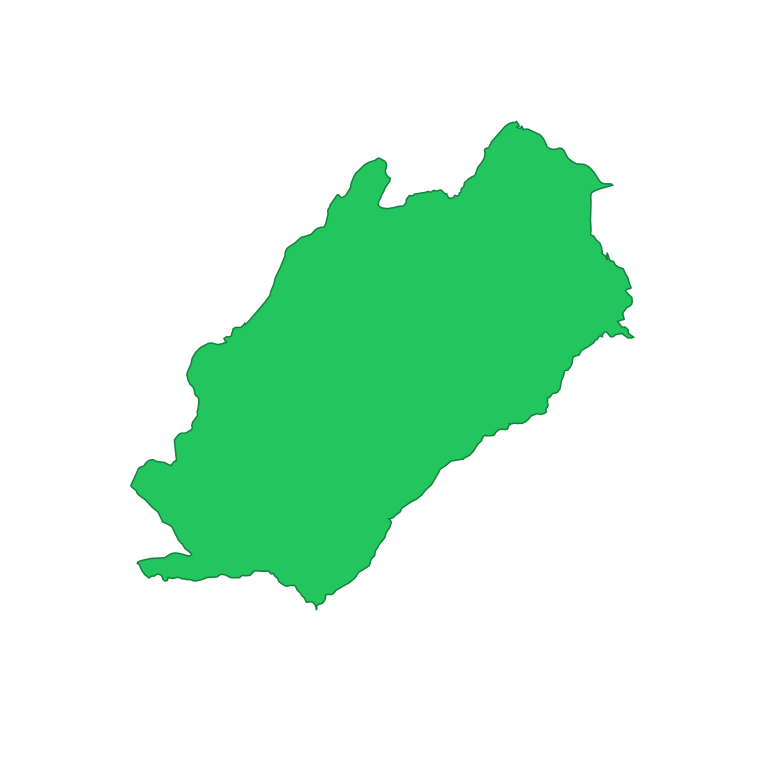 the district of Sibaté, Cundinamarca, Colombia, rotated 38°
{"feature_id": "7082276B14129572791047", "entity_name": "Sibaté", "entity_type": "district", "adm_level": 2, "iso_a3": "COL", "parent_name": "Colombia", "parent_adm1": "Cundinamarca", "projection": "mercator", "projection_center": [-74.26, 4.462], "detail": "fine", "context": "isolated", "style": "filled", "palette": "green", "viewbox_px": 768, "rotation_deg": 38, "n_neighbors": 0, "source": "geoboundaries", "source_scale": "gbopen_adm2", "svg_char_len": 6117}
<svg xmlns="http://www.w3.org/2000/svg" viewBox="0 0 768 768"><g transform="rotate(38 384 384)"><path d="M469.4,603.4L469.6,602.7L468.0,600.8L467.6,599.7L468.3,597.9L470.5,594.7L470.5,591.6L469.8,588.7L468.3,586.8L468.0,585.9L468.6,585.0L472.2,582.3L472.9,580.7L473.2,579.8L473.1,576.2L479.1,561.5L480.6,554.0L479.9,549.2L480.1,547.9L484.2,536.5L484.0,535.1L482.7,532.5L481.8,529.8L482.3,525.0L480.0,520.9L479.7,516.7L479.1,514.4L479.2,504.4L477.3,500.0L476.8,493.5L475.0,488.5L472.5,487.2L470.9,487.3L473.6,483.6L473.7,481.2L475.4,475.0L475.3,473.3L474.6,472.0L474.7,470.0L477.8,460.6L480.5,454.7L482.0,448.5L482.1,442.3L483.4,433.9L481.5,419.9L480.9,418.1L480.9,416.0L482.7,410.9L484.3,403.4L492.9,394.1L492.8,393.1L495.5,387.0L495.5,384.7L495.9,383.5L495.0,373.4L495.8,368.8L495.2,367.6L495.0,365.8L494.5,365.1L494.7,363.1L495.8,361.9L497.3,361.4L502.1,356.9L502.2,355.5L501.8,353.4L502.6,349.4L503.8,347.8L508.0,345.0L509.0,343.5L508.1,340.0L507.0,338.2L508.6,338.2L508.7,337.2L510.4,335.2L511.8,333.9L513.8,332.9L515.0,331.5L517.1,330.0L518.8,326.6L519.6,322.3L519.5,319.3L519.9,318.0L522.9,313.3L524.7,312.1L525.9,311.8L528.5,308.4L529.1,306.8L528.7,305.7L526.6,303.7L527.1,302.0L526.6,299.9L524.5,298.2L521.5,294.2L522.7,292.8L522.8,287.3L525.1,285.1L525.8,283.7L525.7,279.7L524.9,277.8L521.8,272.4L520.4,266.9L518.3,262.8L518.7,261.6L520.5,259.7L520.2,255.5L519.5,251.7L517.2,248.1L516.4,246.0L519.9,240.9L518.9,236.0L522.1,228.3L523.6,223.3L523.8,222.2L523.6,219.2L524.5,218.0L524.3,213.8L525.2,212.9L527.0,212.3L525.8,210.4L525.8,207.5L526.8,206.3L528.0,206.1L532.8,207.2L534.0,207.1L535.7,205.2L536.1,202.6L540.3,197.8L547.9,197.5L550.9,195.2L551.9,193.4L546.0,193.6L544.8,193.1L543.0,191.0L538.7,190.7L537.4,192.4L536.0,192.5L529.5,190.9L533.4,185.2L530.1,182.4L529.3,182.3L528.4,180.4L528.3,173.6L529.5,172.1L530.1,168.6L528.9,166.3L526.1,163.2L520.3,162.7L517.4,162.0L516.9,160.8L517.1,159.8L519.5,156.8L519.4,156.0L515.2,153.5L510.8,150.1L506.0,148.3L501.7,145.9L495.3,148.0L495.0,148.0L494.9,147.6L493.3,147.9L489.3,146.1L487.0,147.2L485.5,147.4L479.5,143.4L479.3,143.7L479.8,144.2L480.4,146.5L481.6,146.7L482.8,147.7L483.2,148.2L482.8,148.6L480.0,146.8L476.6,147.0L474.9,146.7L474.5,146.3L474.8,145.7L471.7,142.7L467.6,140.2L462.5,139.9L458.4,138.4L455.5,139.0L454.6,138.8L452.5,135.4L445.8,127.7L435.2,113.3L431.9,109.5L430.2,106.7L430.0,104.8L431.4,101.4L434.4,96.6L441.8,86.6L439.9,86.4L434.9,90.3L431.5,91.6L428.8,91.3L419.5,88.0L413.7,86.9L411.1,86.8L407.3,87.5L404.9,88.7L400.2,92.0L395.8,92.8L390.2,92.8L386.7,91.5L382.3,89.3L379.1,88.9L377.2,90.0L374.5,93.5L372.1,95.5L368.9,96.6L366.4,96.8L365.0,95.7L358.6,92.5L354.8,91.7L352.9,91.7L341.0,94.4L339.0,95.6L337.5,97.5L333.9,96.1L333.6,96.6L334.4,98.4L331.9,99.7L331.0,99.8L330.3,99.6L330.3,98.8L331.7,97.7L330.6,96.7L326.7,95.6L326.2,97.1L324.2,98.9L322.5,101.2L320.8,106.1L319.6,127.7L320.7,130.8L320.9,133.1L320.7,133.9L319.5,135.1L318.9,136.6L319.1,137.6L322.1,140.5L324.0,144.6L324.6,149.3L324.6,155.6L327.1,162.8L326.8,164.7L325.7,166.4L325.3,168.5L324.2,170.2L324.3,172.1L323.6,174.6L323.7,176.3L325.2,178.8L324.8,183.0L326.4,185.3L325.9,187.3L326.5,188.6L326.5,190.0L325.6,191.0L323.6,191.8L323.4,192.3L324.1,193.4L323.5,195.0L322.4,196.6L321.1,197.4L318.8,197.0L316.4,195.6L314.3,196.7L309.9,195.8L308.7,196.8L306.5,199.8L304.1,200.6L302.7,204.0L301.5,204.8L300.5,204.8L298.3,207.9L291.5,215.1L290.9,216.1L291.0,217.7L290.3,218.6L287.9,219.8L288.0,224.7L289.8,227.8L289.7,232.0L287.4,233.7L285.1,236.2L283.7,238.4L278.6,243.8L273.4,246.8L269.4,246.8L267.4,243.3L266.7,239.0L265.7,236.6L265.3,232.7L264.1,228.6L263.6,220.6L262.4,218.0L260.0,218.3L257.1,217.6L255.1,216.5L253.5,214.9L252.8,212.6L251.5,210.2L249.8,208.6L247.3,208.0L241.3,208.8L240.3,209.8L239.1,213.5L235.5,218.7L233.8,222.9L233.0,228.2L232.0,235.6L232.8,240.2L234.8,246.6L236.6,249.5L237.7,258.1L237.5,260.2L236.1,263.2L234.9,263.5L231.6,262.9L230.7,264.0L231.3,275.5L232.2,277.9L232.5,280.8L233.1,282.2L235.6,285.0L239.3,293.4L240.2,296.7L238.9,298.5L237.2,300.0L236.1,301.8L235.0,304.5L234.5,310.9L230.9,316.3L228.9,318.8L228.2,320.5L227.0,327.6L224.3,335.7L224.2,338.4L225.4,341.7L227.0,343.7L230.6,356.2L233.1,367.6L235.6,372.8L238.1,381.6L239.5,384.1L239.8,392.6L238.8,416.6L238.1,422.3L236.9,421.8L236.8,426.0L236.3,427.6L232.0,431.0L231.2,433.5L231.7,435.0L232.6,436.0L232.6,437.4L234.1,439.8L233.2,442.1L230.8,443.7L229.9,446.7L232.7,448.0L234.2,448.0L231.5,452.2L228.6,455.4L223.1,457.7L220.6,460.0L216.9,468.5L216.1,475.3L216.9,481.6L219.6,487.3L222.1,496.6L223.5,498.6L227.3,501.6L231.3,503.6L234.9,503.9L236.9,504.7L241.6,508.5L243.4,509.1L244.7,508.7L246.4,509.3L248.8,511.6L252.9,518.4L253.8,520.9L256.3,523.3L256.6,525.8L256.7,531.9L258.1,535.0L260.4,537.3L260.3,538.8L258.2,544.0L257.4,545.3L254.5,547.5L253.3,550.2L253.2,556.5L253.5,557.4L267.4,571.9L266.4,574.5L266.3,578.3L266.7,579.2L263.5,580.3L259.3,581.0L252.7,584.9L248.6,585.9L247.3,586.9L245.7,589.3L244.9,592.4L245.2,596.6L242.8,600.2L242.6,601.7L247.1,620.1L248.9,620.6L254.0,620.5L256.6,622.0L259.0,622.5L267.4,622.2L277.1,623.9L284.8,624.0L294.7,629.0L298.9,627.8L304.6,627.0L318.2,633.6L324.0,634.5L328.2,636.1L336.3,636.2L337.4,636.7L336.9,638.9L335.4,640.2L329.4,642.4L325.6,644.3L323.3,645.8L320.7,648.8L318.0,656.1L308.0,664.7L301.3,672.8L299.7,675.5L299.9,677.1L302.7,677.1L305.5,678.8L309.1,680.4L312.8,681.5L318.2,681.6L319.2,678.3L321.1,677.0L322.2,673.8L322.9,673.1L325.4,672.0L326.8,672.0L330.5,674.2L332.9,674.0L334.2,672.2L333.1,669.5L337.0,667.5L340.9,662.9L344.9,661.9L346.7,660.3L348.6,659.8L351.7,657.5L354.9,656.4L356.8,655.3L360.8,650.4L364.3,644.8L371.2,638.9L372.2,635.4L373.1,634.1L376.3,632.2L381.8,631.1L383.3,630.4L389.0,625.9L389.5,625.3L389.7,623.3L390.3,622.0L393.0,620.3L396.3,617.2L396.9,611.7L397.6,610.4L404.9,605.4L407.9,602.6L412.0,603.1L412.8,602.0L413.5,601.7L416.7,602.6L419.8,602.6L422.7,604.4L426.8,604.4L431.5,603.6L434.6,600.0L437.9,597.8L439.4,598.2L442.4,599.8L446.7,600.2L449.6,601.3L453.2,601.6L456.6,603.6L457.6,603.5L460.6,600.4L462.6,599.9L465.3,600.3L467.8,601.8L469.4,603.4Z" fill="#22c55e" stroke="#15803d" stroke-width="1.5"/></g></svg>